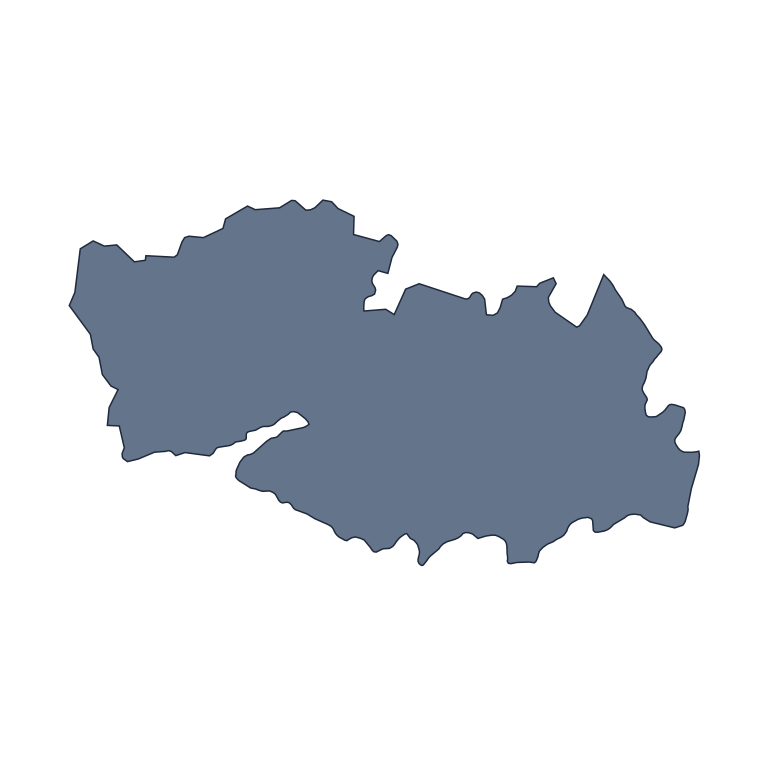 outline of Toledo, rotated 186°
{"feature_id": "ESP-5848", "entity_name": "Toledo", "entity_type": "Autonomous Community", "adm_level": 1, "iso_a3": "ESP", "parent_name": "Spain", "parent_adm1": "", "projection": "albers", "projection_center": [-4.343, 39.785], "detail": "fine", "context": "isolated", "style": "filled", "palette": "slate", "viewbox_px": 768, "rotation_deg": 186, "n_neighbors": 0, "source": "natural_earth", "source_scale": "10m", "svg_char_len": 4612}
<svg xmlns="http://www.w3.org/2000/svg" viewBox="0 0 768 768"><g transform="rotate(186 384 384)"><path d="M63.9,350.1L62.8,345.9L62.8,336.9L67.4,311.9L69.0,293.8L68.4,290.6L68.7,287.1L70.1,278.8L71.3,276.0L72.1,274.7L79.8,271.3L104.9,274.7L112.1,278.2L115.1,280.5L121.2,280.8L125.3,279.9L127.8,278.8L129.4,277.5L130.4,276.3L141.1,268.3L142.1,266.9L144.3,264.2L146.3,262.6L149.4,260.9L156.0,258.9L158.8,258.8L160.5,260.2L162.2,269.8L163.4,271.6L167.1,272.7L172.9,271.4L176.7,269.8L182.3,265.9L184.2,264.0L185.4,261.8L186.4,259.3L186.9,256.8L189.2,252.7L191.8,250.2L196.3,247.4L199.0,245.0L204.7,241.8L208.9,238.1L212.0,234.0L212.6,230.9L212.9,228.2L214.3,223.5L215.7,221.9L221.1,222.1L233.2,220.4L238.9,218.6L241.6,218.7L242.9,220.8L242.7,223.2L243.2,225.7L243.8,228.1L244.9,236.0L245.7,238.4L247.0,240.4L248.7,241.9L253.7,244.2L257.1,245.2L260.7,245.0L266.6,243.5L274.5,240.2L280.3,244.1L284.5,245.0L287.7,244.7L290.1,243.3L291.3,241.3L293.8,239.0L297.1,237.0L304.9,233.7L308.5,231.1L310.8,228.4L312.2,225.7L320.0,217.6L321.7,215.3L322.9,212.9L326.1,208.0L327.5,207.5L328.9,208.0L330.5,209.3L331.6,211.2L331.8,213.5L331.1,218.5L331.2,221.0L331.9,223.2L333.8,227.7L335.6,229.7L337.9,231.7L341.8,233.3L345.4,237.3L346.4,237.5L347.8,236.8L351.4,233.7L353.1,231.8L355.2,228.6L357.1,225.0L358.5,223.2L361.3,221.1L367.8,220.0L374.2,216.0L376.6,216.1L378.6,217.6L380.1,219.6L387.4,226.8L391.5,228.1L396.3,228.9L399.8,227.8L402.2,226.2L404.5,224.3L406.7,224.6L412.3,226.9L414.6,228.4L416.6,230.3L418.2,232.7L419.5,234.9L421.7,236.9L425.0,238.4L438.7,242.8L446.9,246.7L459.2,249.8L460.5,250.7L461.9,252.1L463.3,254.0L465.8,256.0L468.2,256.3L472.6,255.1L474.6,255.7L476.4,257.2L480.4,262.9L482.2,264.1L483.7,264.8L486.8,265.7L493.3,264.6L496.8,265.1L500.9,266.2L505.7,266.6L518.3,272.8L521.0,275.1L522.0,276.7L521.8,278.3L522.0,281.7L521.7,283.4L519.4,290.4L518.8,291.8L516.7,295.1L516.1,296.3L514.9,297.4L511.9,299.4L510.0,299.7L506.6,301.7L494.8,314.7L490.7,318.2L485.9,319.6L484.4,320.7L480.3,325.7L479.0,326.8L475.9,327.0L459.8,332.2L456.8,333.9L454.4,336.0L455.6,338.4L458.7,341.3L466.9,346.5L471.1,347.1L474.2,346.2L476.0,343.9L480.1,340.7L482.3,339.6L485.9,336.1L488.3,333.2L490.0,331.7L492.0,330.7L494.8,329.7L499.5,329.2L502.4,327.9L506.9,324.6L512.9,322.8L515.0,321.6L515.7,319.9L515.3,315.1L516.5,313.7L520.6,312.1L525.4,310.9L525.8,310.6L527.5,308.9L529.1,307.7L531.3,306.6L541.5,303.9L543.7,302.9L544.9,301.0L546.6,297.3L550.0,294.3L574.7,295.0L583.6,291.0L588.5,294.7L591.3,295.2L594.5,294.1L605.1,292.2L620.6,283.7L631.0,280.0L635.6,282.6L636.6,284.1L637.2,287.4L635.6,293.4L642.9,314.6L654.8,313.9L654.9,331.9L647.9,350.6L655.4,353.5L665.1,364.0L670.2,380.8L676.9,388.4L681.2,402.7L705.2,429.1L701.0,442.8L700.2,486.7L688.2,495.9L676.5,491.9L664.3,494.4L645.0,479.4L634.3,482.1L634.2,486.7L605.9,488.2L603.0,491.0L599.8,504.0L597.6,508.7L593.5,510.6L578.9,510.7L560.4,521.9L558.8,531.7L538.3,546.7L530.3,543.9L506.3,548.3L495.1,556.9L491.6,557.0L479.9,548.7L475.2,549.6L471.1,552.1L464.0,560.5L455.1,559.8L448.1,553.7L431.3,547.6L429.9,529.5L403.5,525.2L397.2,531.9L395.0,533.0L392.4,532.3L386.1,527.4L384.7,524.4L385.1,521.3L389.3,510.6L391.7,494.4L401.7,496.1L405.5,491.4L406.7,488.8L406.9,485.3L406.0,482.8L402.9,478.7L402.1,476.6L402.8,472.4L405.5,470.5L408.8,469.2L411.6,466.8L412.4,464.1L412.1,457.3L411.5,454.5L390.1,458.5L381.1,454.1L372.4,480.6L359.5,487.4L311.6,477.0L309.2,477.7L307.9,479.0L306.3,482.3L305.3,483.6L301.9,485.1L298.8,484.6L295.7,482.5L292.8,479.0L289.4,463.6L282.6,463.7L278.6,466.6L276.4,472.3L274.9,480.8L270.8,482.5L266.5,485.6L263.1,490.0L261.8,495.3L242.4,496.7L239.6,500.5L226.7,507.3L223.3,501.8L229.6,487.3L228.7,482.7L226.6,479.0L221.2,473.2L198.4,460.7L195.6,462.3L189.1,473.8L176.9,515.8L173.9,513.2L171.2,511.0L169.9,509.8L166.5,506.0L163.9,502.0L156.2,493.0L152.4,486.6L150.6,485.3L145.9,484.1L142.1,481.6L140.1,479.2L136.4,476.0L130.9,469.9L121.5,457.5L119.6,455.8L115.4,453.0L113.5,451.2L111.9,449.4L111.2,447.4L111.7,445.4L114.5,441.4L115.8,439.2L117.4,437.2L118.5,434.9L121.3,430.8L122.3,428.6L122.9,426.3L123.7,424.2L124.1,417.1L125.3,412.4L126.3,410.1L126.8,407.6L126.5,404.9L124.7,402.1L121.2,397.8L120.5,395.8L122.2,390.7L122.1,387.5L121.0,383.1L119.9,380.4L118.0,379.2L116.3,379.0L111.1,379.7L109.4,380.4L104.1,384.8L101.8,387.5L98.9,392.2L97.6,393.3L95.9,393.8L92.4,393.6L83.6,391.7L82.2,390.0L81.4,387.1L82.1,379.8L82.8,376.5L83.2,372.6L83.9,368.6L85.2,365.8L88.0,361.4L88.9,359.2L88.8,356.9L87.7,354.8L86.2,352.8L84.6,350.9L82.7,349.3L80.6,348.2L78.3,347.6L71.2,348.2L66.3,349.2L63.9,350.1Z" fill="#64748b" stroke="#1e293b" stroke-width="1.5"/></g></svg>